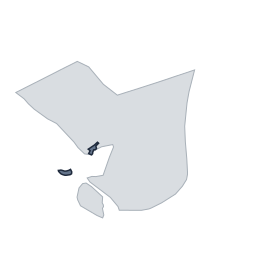 Kuwait, with Al Asimah highlighted, rotated 154°
{"feature_id": "KWT-1663", "entity_name": "Al Asimah", "entity_type": "Province", "adm_level": 1, "iso_a3": "KWT", "parent_name": "Kuwait", "parent_adm1": "", "projection": "robinson", "projection_center": [48.15, 29.392], "detail": "fine", "context": "in_parent", "style": "filled", "palette": "slate", "viewbox_px": 256, "rotation_deg": 154, "n_neighbors": 0, "source": "natural_earth", "source_scale": "10m", "svg_char_len": 1425}
<svg xmlns="http://www.w3.org/2000/svg" viewBox="0 0 256 256"><g transform="rotate(154 128 128)"><path d="M213.3,209.1L197.8,209.3L178.2,209.6L162.3,209.9L144.4,210.1L136.5,200.1L133.8,189.3L131.0,178.1L123.2,162.2L96.9,158.3L82.9,156.3L60.0,153.3L42.7,151.0L57.3,133.8L64.0,124.6L76.3,104.7L82.5,90.5L88.6,74.7L93.8,62.4L94.9,60.2L98.0,56.0L104.7,51.8L114.3,47.8L130.6,46.0L142.1,45.9L144.7,46.1L151.9,48.1L171.9,57.9L171.4,61.8L174.3,73.4L180.7,86.0L185.9,96.2L186.6,101.0L181.7,100.3L178.1,98.4L171.1,96.4L157.5,109.9L149.3,117.3L149.0,119.8L160.0,122.7L168.0,122.6L173.6,120.6L178.4,123.8L181.5,132.2L182.7,139.0L190.2,163.3L196.3,171.5L204.0,185.9L206.9,193.4L208.6,199.8L213.3,209.1ZM198.3,95.6L193.2,97.9L189.8,96.9L186.5,91.3L181.0,77.2L184.0,72.0L183.9,69.7L184.5,68.1L186.2,67.0L187.9,60.4L190.2,58.3L194.1,62.8L204.8,78.9L204.7,85.5L204.1,88.2L198.3,95.6Z" fill="#d9dde1" stroke="#a8b0b8" stroke-width="1"/><path d="M203.9,112.5L205.3,113.1L206.0,113.7L207.0,114.6L207.8,115.5L208.5,116.5L209.4,119.4L209.2,120.4L207.9,119.9L207.0,119.7L206.2,119.2L203.7,116.9L202.0,116.3L199.7,115.9L197.8,116.0L197.8,113.2L198.8,111.6L200.4,111.4L203.9,112.5ZM161.1,127.2L162.8,126.6L164.8,125.9L165.3,123.4L166.7,122.8L168.4,123.4L170.1,122.0L171.1,120.4L172.5,119.8L173.1,120.4L174.5,122.3L172.0,124.2L173.0,126.4L165.7,127.4L161.7,128.6L161.2,127.5L161.1,127.2Z" fill="#64748b" stroke="#1e293b" stroke-width="1.5"/></g></svg>